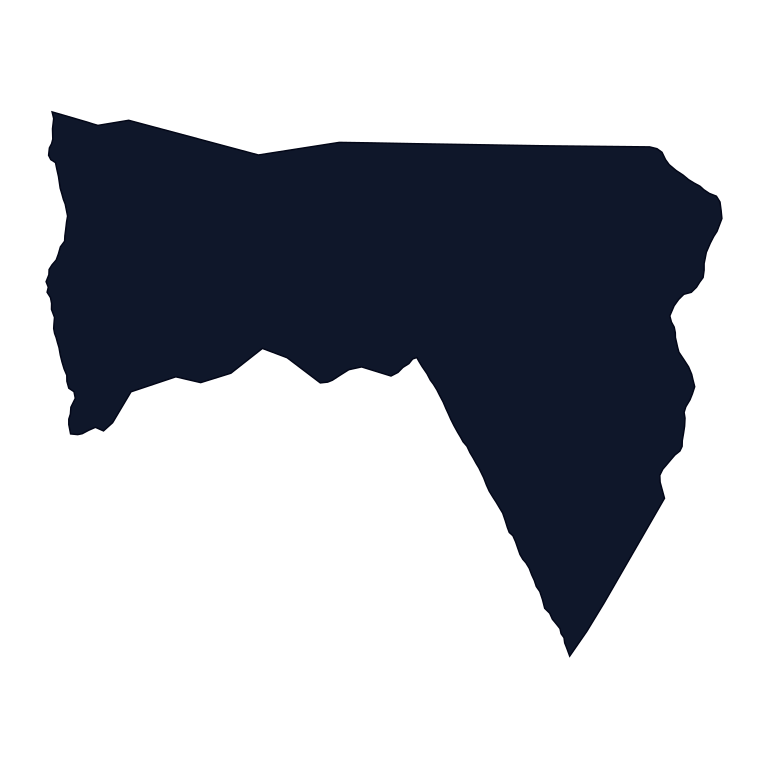 Boninal, Bahia, Brazil
{"feature_id": "56859067B83846349550781", "entity_name": "Boninal", "entity_type": "district", "adm_level": 2, "iso_a3": "BRA", "parent_name": "Brazil", "parent_adm1": "Bahia", "projection": "mercator", "projection_center": [-41.805, -12.826], "detail": "fine", "context": "isolated", "style": "filled", "palette": "ink", "viewbox_px": 768, "rotation_deg": 0, "n_neighbors": 0, "source": "geoboundaries", "source_scale": "gbopen_adm2", "svg_char_len": 2532}
<svg xmlns="http://www.w3.org/2000/svg" viewBox="0 0 768 768"><path d="M649.7,146.9L544.0,145.8L414.3,143.7L371.7,142.9L339.3,142.4L258.4,155.0L128.7,120.3L97.9,125.4L92.8,123.9L87.2,122.1L52.1,111.9L53.7,118.6L52.5,128.8L52.8,139.1L51.6,143.7L49.4,147.9L48.6,155.3L50.8,159.6L55.5,162.6L56.8,169.0L58.5,176.6L59.5,183.4L60.2,188.2L61.9,193.9L63.4,199.4L65.2,204.0L67.6,216.1L66.6,221.8L65.7,229.6L64.9,235.7L64.6,241.2L60.4,246.9L58.4,254.0L56.2,260.0L52.0,264.9L49.1,269.5L48.9,274.7L46.1,281.7L48.3,287.2L47.1,292.2L50.5,297.6L51.6,303.4L51.5,309.4L54.5,317.4L54.0,323.5L53.7,328.5L54.6,333.4L56.2,337.7L57.5,342.6L59.0,347.6L60.3,355.0L62.0,361.9L64.1,368.9L66.8,375.2L66.9,381.3L68.8,388.2L74.0,391.7L75.3,398.3L70.9,407.2L70.4,414.1L68.8,419.1L68.8,424.6L70.6,433.9L77.7,434.6L82.2,433.7L88.6,430.3L95.4,427.3L103.5,430.9L112.6,422.7L131.0,391.8L175.8,376.8L200.7,382.6L230.9,373.2L262.4,348.4L287.1,357.7L320.3,382.9L327.7,382.1L332.4,380.2L339.6,375.5L348.8,369.7L354.7,368.4L361.6,366.9L391.0,376.0L398.0,372.4L402.9,367.4L408.9,363.6L412.6,359.0L416.8,357.5L419.2,361.8L422.2,366.7L427.0,373.7L430.4,380.2L433.4,384.2L436.9,389.9L439.6,395.3L443.1,401.9L446.0,408.7L448.5,414.1L450.7,419.1L453.9,425.5L457.6,432.2L460.6,437.2L463.1,441.8L467.0,446.3L470.0,452.7L473.2,458.0L476.1,463.3L478.9,467.9L481.1,472.5L483.7,477.8L486.4,484.9L489.3,491.3L493.2,497.6L496.3,502.4L499.5,507.8L502.7,513.1L505.2,520.4L507.4,527.5L509.3,532.5L512.9,535.7L515.6,541.8L517.8,548.2L520.0,554.5L522.9,559.4L525.9,562.8L529.2,568.2L531.7,574.8L534.3,580.4L536.3,586.5L539.8,591.5L542.5,599.6L544.7,608.3L549.7,613.2L552.4,619.2L556.6,624.3L560.0,628.6L561.1,633.7L564.0,637.7L564.7,642.9L566.8,648.2L569.7,656.1L586.8,631.4L604.1,603.0L664.5,498.3L662.3,490.2L660.1,482.1L659.8,475.3L662.8,469.2L666.5,464.9L670.7,459.9L674.9,455.0L679.9,451.0L682.1,446.4L682.3,440.5L683.5,433.5L684.6,426.2L685.0,418.1L684.1,412.4L685.8,406.8L690.0,399.8L692.4,393.8L694.7,386.7L692.9,379.6L691.7,374.3L688.6,366.9L683.8,359.5L678.9,352.2L677.6,347.3L676.6,342.8L675.4,337.5L675.3,332.7L674.2,327.1L671.4,322.0L669.8,315.9L674.1,305.8L678.6,299.5L683.8,294.3L691.3,292.3L696.5,287.2L699.5,282.4L703.1,277.5L704.1,270.2L704.1,263.6L705.1,258.7L706.3,252.4L710.3,243.1L713.7,236.5L717.0,231.4L719.2,225.6L721.9,218.5L721.1,210.4L720.0,202.0L716.4,196.2L709.3,193.4L703.8,189.7L700.1,186.3L694.0,183.0L688.5,179.6L683.1,175.1L676.1,170.5L669.2,164.7L665.5,159.6L662.0,152.3L657.0,148.7L649.7,146.9Z" fill="#0f172a" stroke="#020617" stroke-width="1.5"/></svg>